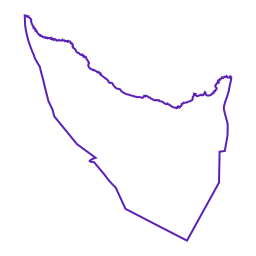 Vaisigano West, Vaisigano, Samoa
{"feature_id": "51752279B83284410514886", "entity_name": "Vaisigano West", "entity_type": "district", "adm_level": 2, "iso_a3": "WSM", "parent_name": "Samoa", "parent_adm1": "Vaisigano", "projection": "natural_earth1", "projection_center": [-172.718, -13.526], "detail": "fine", "context": "isolated", "style": "outline", "palette": "violet", "viewbox_px": 256, "rotation_deg": 0, "n_neighbors": 0, "source": "geoboundaries", "source_scale": "gbopen_adm2", "svg_char_len": 3318}
<svg xmlns="http://www.w3.org/2000/svg" viewBox="0 0 256 256"><path d="M231.2,79.2L230.7,78.5L231.3,77.5L230.7,76.7L230.1,77.4L229.8,76.8L229.2,77.6L227.5,77.3L226.9,76.9L226.6,76.2L225.9,77.1L225.2,76.6L224.3,76.8L223.4,77.9L222.1,77.3L221.9,78.0L221.1,78.4L220.7,79.1L220.1,79.0L219.9,79.9L219.1,79.9L218.2,80.5L218.1,81.5L218.8,81.8L218.6,82.4L217.8,81.5L217.4,83.0L216.5,83.5L215.9,85.0L215.2,85.8L215.3,86.6L216.7,88.2L216.6,89.0L215.7,89.8L215.7,90.3L214.9,91.3L214.4,91.0L213.4,92.4L213.6,93.0L213.2,93.4L212.2,93.5L211.8,94.1L210.7,95.0L209.2,95.5L207.4,95.6L206.2,94.9L205.7,94.1L205.6,93.0L205.0,92.2L204.5,93.3L203.9,93.6L203.4,95.1L202.7,95.3L201.8,95.2L200.9,94.7L200.1,95.3L199.1,95.4L197.4,96.2L196.7,96.0L195.7,95.2L195.7,94.0L194.1,93.6L193.8,94.3L194.0,95.1L193.6,96.0L192.8,96.9L192.6,97.7L192.7,99.1L191.9,100.3L190.0,101.2L187.9,101.9L186.2,102.6L184.3,102.8L183.7,102.6L182.8,103.7L181.7,103.9L181.6,104.9L181.2,106.0L180.2,106.3L179.6,107.6L178.9,107.6L178.2,106.4L177.3,106.9L177.0,108.1L176.3,108.3L175.4,107.6L174.1,107.6L171.9,106.6L170.2,105.3L169.4,105.0L168.7,104.3L167.9,104.2L167.3,103.5L166.4,104.2L163.9,103.1L163.5,102.4L162.0,101.6L160.5,101.2L160.1,101.3L158.9,100.7L158.8,100.2L157.9,100.5L157.3,100.2L155.8,100.0L155.0,100.4L151.8,99.0L150.2,98.0L149.7,97.4L148.7,97.3L147.4,96.3L146.5,95.9L145.8,95.7L145.1,96.5L144.2,95.8L143.8,96.7L142.5,97.9L140.3,97.2L137.6,97.1L135.5,96.6L134.6,96.7L133.9,96.2L130.2,95.2L128.6,94.6L127.2,94.4L124.4,93.2L122.9,92.3L120.8,90.7L120.3,89.5L119.1,88.9L117.3,88.8L115.5,87.7L113.5,85.5L112.3,83.2L111.2,82.9L109.2,82.7L108.0,80.6L106.5,78.9L105.4,78.5L104.9,78.0L100.8,74.8L100.8,74.0L100.2,74.2L99.9,72.9L98.6,72.7L98.5,71.9L97.3,72.2L96.3,71.2L93.4,69.8L93.1,70.2L92.5,69.7L90.0,68.5L88.9,67.0L88.2,65.5L89.1,62.6L88.3,61.9L88.3,61.5L86.5,58.9L86.0,57.2L85.5,56.9L84.7,57.2L84.1,56.0L83.4,56.4L83.3,55.6L82.3,54.5L81.6,55.1L80.1,54.4L78.7,52.9L78.0,52.9L76.9,52.3L76.3,51.5L75.6,49.9L74.2,48.3L73.5,48.1L72.5,46.8L73.0,46.0L72.5,44.1L72.1,44.2L71.6,43.2L70.8,43.3L70.2,41.5L68.9,41.4L68.0,41.7L68.0,40.9L65.6,41.3L65.3,40.8L64.7,41.0L64.3,40.4L62.7,40.5L62.4,39.8L61.8,40.4L60.3,40.6L59.2,39.9L58.1,40.5L56.5,40.5L56.4,39.9L54.8,39.6L54.7,39.2L53.6,39.8L53.4,38.9L52.1,39.2L51.6,38.1L51.1,38.8L50.6,38.1L50.1,38.5L49.4,38.0L48.1,37.9L47.7,38.3L46.7,37.5L45.9,38.1L44.9,37.7L44.7,37.1L43.5,37.2L42.8,37.0L41.7,35.9L41.0,36.2L40.2,35.8L40.1,35.1L39.5,35.2L38.9,34.4L37.3,32.8L36.9,31.4L35.4,30.8L35.8,29.7L34.7,29.0L34.9,28.5L34.0,27.4L33.4,27.6L33.4,26.3L32.7,25.6L31.8,23.6L30.9,20.9L31.3,20.3L30.8,18.9L29.6,17.8L28.5,17.2L28.4,16.3L27.1,16.7L26.7,15.8L24.7,15.4L25.1,24.8L25.8,29.8L26.8,34.7L27.4,37.0L28.7,41.8L30.3,46.4L32.9,53.0L33.6,54.3L34.4,57.0L35.4,59.3L37.4,62.8L39.8,66.7L41.0,71.9L42.8,78.2L44.2,84.3L48.4,101.1L52.5,109.6L54.3,116.4L59.7,123.0L77.0,144.2L78.7,145.4L95.6,157.8L92.0,159.1L90.7,160.0L89.7,161.0L91.1,162.0L92.4,161.8L94.1,162.2L96.6,165.3L104.2,174.3L108.1,179.5L112.1,184.0L115.7,187.6L125.5,208.9L135.4,214.0L156.2,224.8L158.9,226.2L170.8,232.3L179.7,236.9L187.0,240.6L219.0,182.6L219.6,151.7L224.8,150.9L227.5,135.5L227.7,127.4L227.6,123.7L224.6,112.4L224.0,109.8L223.8,107.1L224.9,102.9L226.0,99.4L227.0,96.9L228.4,92.4L229.1,89.2L229.6,86.3L231.2,79.2Z" fill="none" stroke="#5b21b6" stroke-width="2"/></svg>